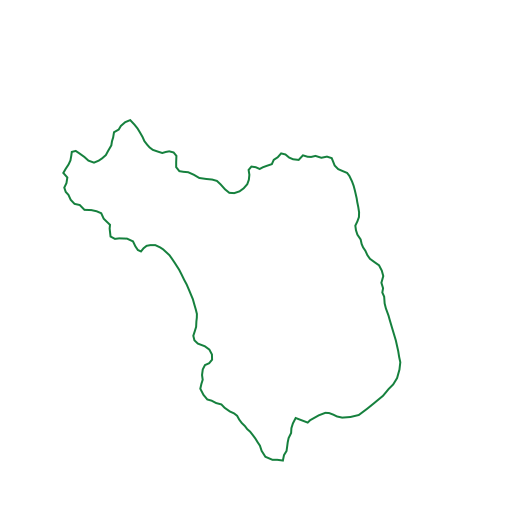 the district of Cairu, Bahia, Brazil, rotated 146°
{"feature_id": "56859067B59177199809142", "entity_name": "Cairu", "entity_type": "district", "adm_level": 2, "iso_a3": "BRA", "parent_name": "Brazil", "parent_adm1": "Bahia", "projection": "orthographic", "projection_center": [-38.973, -13.524], "detail": "fine", "context": "isolated", "style": "outline", "palette": "green", "viewbox_px": 512, "rotation_deg": 146, "n_neighbors": 0, "source": "geoboundaries", "source_scale": "gbopen_adm2", "svg_char_len": 2902}
<svg xmlns="http://www.w3.org/2000/svg" viewBox="0 0 512 512"><g transform="rotate(146 256 256)"><path d="M306.3,89.0L302.9,89.6L293.0,88.8L286.2,87.2L283.2,84.9L280.6,81.2L278.6,77.7L274.9,73.8L267.7,69.7L259.7,66.7L249.3,67.2L241.1,67.9L228.8,69.1L220.3,71.6L214.1,72.8L207.3,75.9L200.6,81.6L195.8,87.2L193.8,92.2L191.3,97.6L187.3,107.8L182.8,122.2L180.8,128.5L179.5,132.4L177.6,140.0L175.9,144.7L172.5,150.6L171.7,155.1L168.7,158.2L167.0,163.7L161.7,168.2L159.9,173.5L159.2,179.5L161.1,184.4L163.1,189.9L163.2,194.3L162.4,199.2L162.4,203.3L161.7,206.9L160.0,211.2L160.0,217.0L158.7,221.5L156.7,225.6L152.6,228.0L148.9,230.7L146.1,234.6L143.8,239.5L141.9,244.1L140.3,247.5L138.9,251.1L137.4,255.0L135.8,259.6L134.7,264.1L133.8,270.2L134.0,273.9L136.7,278.0L139.3,282.1L140.2,287.0L139.3,291.1L138.5,294.8L141.6,298.7L146.9,300.9L150.7,305.7L154.9,307.3L157.7,309.4L160.8,313.2L166.9,311.8L171.2,315.5L173.5,319.1L174.8,323.7L177.8,327.0L182.8,325.7L187.5,325.8L191.5,323.3L196.6,324.7L200.6,325.7L204.3,326.1L206.6,329.8L209.8,332.7L214.0,331.5L216.1,327.0L219.3,323.2L223.1,320.4L228.4,319.0L233.5,318.8L238.9,320.3L242.8,323.3L244.4,328.6L245.3,335.2L246.4,340.1L249.6,343.9L254.2,347.7L259.4,352.4L262.1,358.1L265.4,363.4L269.0,366.3L272.1,369.2L272.5,374.3L269.6,378.6L266.0,383.5L266.4,387.9L269.4,391.3L272.6,392.7L276.1,393.8L278.8,397.2L282.2,401.7L283.5,405.5L284.0,409.1L284.3,413.6L283.5,418.1L283.1,423.6L282.9,428.0L283.3,432.9L284.3,439.0L289.6,440.1L295.3,439.4L299.1,437.6L304.5,438.0L308.2,434.1L311.2,431.7L314.1,428.6L319.7,425.9L324.1,423.6L329.0,423.0L333.1,423.0L338.1,424.0L341.6,428.8L342.9,434.1L345.1,440.0L346.7,443.9L350.5,445.3L353.0,442.5L356.4,439.0L360.2,436.7L365.0,434.7L369.3,432.6L368.5,426.6L372.4,422.4L376.7,419.9L377.9,415.5L377.3,411.6L378.2,406.2L377.3,400.7L373.6,396.8L372.4,390.2L366.8,386.1L363.1,382.2L360.4,378.0L361.4,372.1L360.6,368.1L359.6,363.5L362.0,360.6L365.7,353.5L363.4,349.1L359.5,347.1L353.2,342.5L349.8,336.9L350.6,331.5L350.6,327.0L348.8,324.1L344.9,325.3L341.0,325.6L337.5,324.1L333.4,321.3L330.7,316.8L329.3,313.5L327.3,305.1L327.2,300.8L327.2,295.5L327.3,291.6L327.4,287.5L328.1,281.9L328.9,276.3L329.4,271.2L330.6,264.9L331.6,260.0L332.5,255.5L334.2,250.4L335.9,245.1L337.4,241.0L339.6,237.9L342.0,235.1L345.3,230.7L348.9,227.8L352.6,224.9L354.2,220.5L353.2,215.9L348.9,209.8L347.0,204.5L347.6,199.0L350.4,194.6L354.8,193.3L359.3,194.1L363.5,191.8L367.3,187.5L369.4,183.2L372.8,180.5L376.4,177.1L377.2,170.3L376.6,164.3L373.7,160.9L371.3,156.4L367.7,152.3L366.9,147.7L364.6,141.7L362.2,137.8L361.0,134.1L361.4,129.8L361.2,125.5L360.3,121.2L360.1,117.4L359.1,113.6L358.8,109.4L358.6,105.0L358.8,100.5L358.8,96.6L360.3,91.3L360.5,84.3L356.3,77.8L352.5,75.3L348.1,71.4L344.1,75.3L339.7,77.3L336.9,80.4L333.9,83.8L330.8,86.8L325.9,89.6L322.9,93.5L319.0,96.6L313.7,99.5L306.3,89.0Z" fill="none" stroke="#15803d" stroke-width="2"/></g></svg>